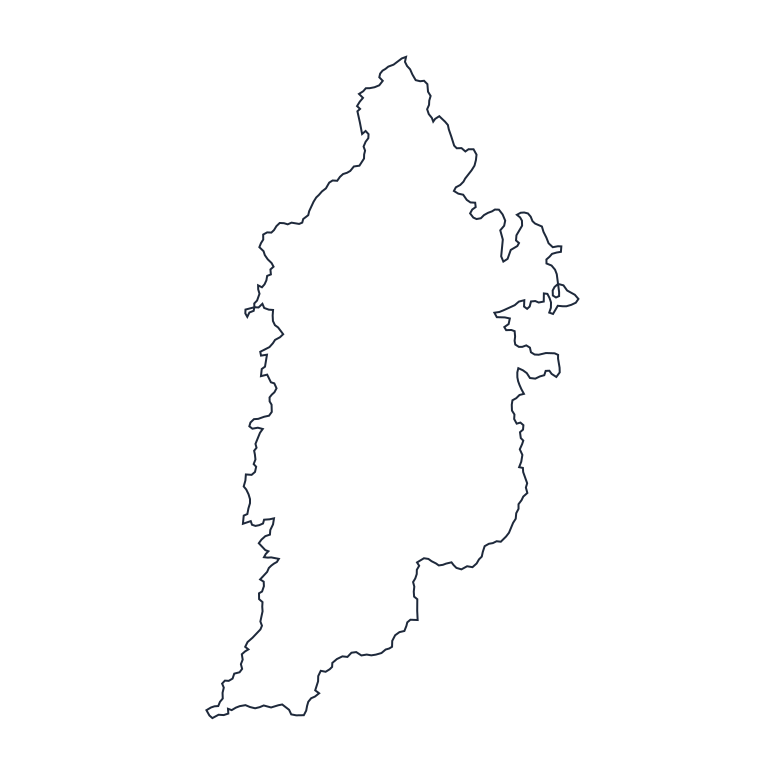 Bom Jardim da Serra, Santa Catarina, Brazil, rotated 176°
{"feature_id": "56859067B26103840950670", "entity_name": "Bom Jardim da Serra", "entity_type": "district", "adm_level": 2, "iso_a3": "BRA", "parent_name": "Brazil", "parent_adm1": "Santa Catarina", "projection": "albers", "projection_center": [-49.659, -28.371], "detail": "fine", "context": "isolated", "style": "outline", "palette": "slate", "viewbox_px": 768, "rotation_deg": 176, "n_neighbors": 0, "source": "geoboundaries", "source_scale": "gbopen_adm2", "svg_char_len": 6127}
<svg xmlns="http://www.w3.org/2000/svg" viewBox="0 0 768 768"><g transform="rotate(176 384 384)"><path d="M508.0,469.6L503.8,469.1L499.7,472.5L498.2,468.2L493.7,466.2L489.5,465.6L490.3,460.1L490.4,454.6L488.7,450.3L485.7,447.8L481.1,440.7L484.5,437.9L489.6,435.6L492.0,432.4L495.7,428.8L505.2,424.8L504.7,420.9L498.7,421.4L501.5,409.6L504.9,407.5L506.2,400.4L499.9,401.5L496.7,393.6L493.4,392.3L491.5,387.2L493.9,383.4L496.7,381.2L499.1,378.6L499.3,374.6L497.6,371.2L497.9,364.0L500.9,360.4L505.8,359.7L511.9,358.0L516.2,358.0L519.9,354.9L521.3,351.2L518.4,348.6L512.9,349.2L508.1,347.6L511.1,344.0L516.4,333.2L515.6,329.3L518.2,326.5L517.7,322.6L517.5,317.7L519.6,313.2L517.3,310.4L518.8,305.3L522.4,302.6L528.1,303.4L529.0,297.4L531.1,291.6L528.8,288.4L526.8,283.4L525.7,278.5L526.0,274.4L527.9,269.4L529.4,263.8L533.1,262.5L534.5,254.4L526.5,256.5L525.5,252.8L522.1,251.4L518.3,251.9L514.4,253.3L513.1,257.0L507.6,257.0L503.1,257.7L504.5,251.7L507.6,246.3L508.3,241.7L513.0,240.5L517.1,237.3L520.0,233.9L514.0,226.6L511.0,225.2L513.8,222.7L515.8,219.6L512.1,218.9L508.6,218.9L501.1,216.9L503.3,213.9L506.3,212.5L509.1,210.7L511.7,208.5L513.7,204.7L521.2,197.7L517.8,195.2L517.9,190.7L520.1,185.5L523.3,183.9L523.6,178.1L520.4,174.9L521.0,170.3L521.0,165.7L523.9,155.7L522.6,151.4L524.4,147.8L532.8,140.1L538.1,136.1L540.8,131.5L537.8,128.7L541.3,126.9L544.7,124.3L544.2,118.9L546.3,114.5L545.4,109.7L548.2,106.5L553.6,105.5L555.6,100.7L559.6,98.7L563.4,99.2L566.4,96.4L565.0,92.3L566.6,87.2L566.8,81.5L569.8,78.4L571.8,74.3L575.6,74.3L579.1,73.4L583.9,71.0L581.3,65.5L578.5,62.7L572.1,65.6L567.0,64.9L562.3,66.1L562.3,70.9L558.7,69.3L554.3,71.5L550.4,72.7L544.6,73.3L540.2,71.1L535.2,69.5L530.6,70.3L526.4,71.7L519.2,69.2L511.8,70.9L507.9,71.4L501.4,65.6L499.6,60.9L494.7,59.6L487.1,59.2L484.4,63.6L483.2,68.2L481.7,72.3L478.6,75.6L474.7,77.0L470.3,80.0L474.0,83.2L470.5,92.0L470.0,97.2L467.1,102.3L462.3,101.0L458.1,103.2L455.5,105.4L455.0,109.4L450.2,112.9L444.5,115.2L439.5,114.3L435.2,118.2L430.4,118.5L425.5,114.8L420.1,115.3L415.6,114.2L411.0,114.6L405.3,115.8L400.9,119.0L397.2,119.8L394.3,121.3L393.7,127.2L390.4,132.6L385.9,135.4L380.9,136.2L378.5,141.2L377.4,144.6L374.1,147.0L366.9,146.2L366.7,155.4L365.8,167.0L368.8,169.8L368.8,174.8L367.9,179.7L368.8,184.4L366.4,187.8L364.6,192.1L364.2,196.4L361.6,200.2L363.5,203.7L356.3,207.4L351.9,206.4L348.9,203.9L344.7,201.4L342.0,199.2L337.9,199.5L334.6,200.5L329.1,201.4L327.2,198.5L324.6,195.5L319.7,193.7L313.8,196.4L308.5,195.1L304.1,198.5L301.5,202.4L298.5,205.0L297.2,209.5L294.9,215.2L290.5,217.3L286.5,217.7L282.6,219.3L278.5,218.5L272.9,223.3L269.7,226.9L264.9,236.5L262.0,240.4L261.1,245.9L258.5,250.1L258.2,254.7L254.9,258.5L252.9,262.0L248.6,265.3L249.7,270.8L248.1,275.0L251.3,286.4L251.3,290.6L255.0,291.6L252.5,296.9L250.9,303.6L253.1,309.4L250.4,314.4L249.0,317.8L251.3,320.5L251.7,326.4L248.5,328.8L247.8,333.2L250.6,336.0L254.4,335.2L256.6,340.0L256.0,344.5L258.2,348.6L258.0,354.4L257.0,358.8L253.1,360.6L249.6,363.6L245.1,364.4L247.3,369.2L248.9,373.6L250.0,377.4L250.5,381.4L250.2,386.3L248.9,390.4L244.5,388.0L240.8,384.9L238.0,379.8L232.7,378.8L227.9,380.7L223.5,381.6L221.8,385.8L218.1,385.7L216.1,382.4L211.6,379.0L207.9,383.3L207.7,388.0L208.6,397.2L208.3,400.9L211.6,402.7L220.3,403.6L227.6,402.4L231.7,402.9L235.2,405.4L235.9,410.1L239.4,412.6L243.5,411.4L246.8,411.6L250.3,414.2L250.7,418.0L249.9,422.2L250.0,427.6L253.2,429.0L258.4,429.2L260.0,432.4L255.5,435.1L253.9,440.6L258.8,442.0L266.8,442.8L268.9,447.4L263.9,447.8L259.6,449.2L248.1,453.5L243.7,456.8L238.2,457.8L238.9,451.5L236.0,449.0L233.3,451.1L231.6,456.1L227.3,456.2L224.0,454.5L218.9,455.1L218.2,463.2L214.7,462.5L212.9,458.3L211.7,453.7L212.2,448.4L214.2,443.7L210.5,442.1L205.2,449.9L200.4,449.1L196.7,448.8L191.7,449.9L187.0,451.7L184.1,455.3L187.4,459.7L194.8,464.5L198.1,469.9L203.4,471.7L204.0,481.5L205.4,486.1L208.6,490.5L213.5,492.9L213.3,496.9L210.0,499.4L207.3,502.1L202.6,503.1L198.3,503.5L197.5,508.9L200.8,509.3L206.1,508.7L210.0,512.9L211.8,518.7L214.3,524.7L215.5,530.1L222.1,533.5L224.5,536.1L226.0,540.7L228.5,544.1L232.2,545.3L235.7,545.3L239.6,543.5L236.6,540.7L235.0,537.3L235.2,532.3L241.5,523.1L242.3,518.0L239.5,515.2L241.4,512.3L248.2,508.9L252.0,500.2L256.4,497.8L258.2,503.2L255.4,519.8L257.3,529.2L253.1,533.5L251.7,538.5L253.8,544.8L257.2,549.9L261.2,550.3L264.2,548.7L268.3,547.5L272.5,545.5L275.8,542.6L280.2,542.1L283.3,543.8L286.2,548.2L283.8,551.9L280.2,554.1L280.4,558.5L285.1,559.1L288.6,561.9L291.8,567.3L296.6,568.7L300.8,571.7L298.6,575.2L294.1,577.2L290.6,580.3L288.7,583.3L281.7,591.1L278.5,595.5L276.7,600.9L275.7,606.3L278.3,611.9L283.3,612.3L286.6,610.3L290.2,613.9L295.0,614.1L297.4,616.9L299.6,626.1L301.6,633.5L302.2,637.9L304.7,641.3L310.2,647.3L314.5,644.9L316.6,642.3L317.7,646.1L320.5,650.1L321.8,655.1L319.6,659.3L319.1,663.5L317.4,668.1L319.7,672.5L319.8,680.1L322.9,683.7L326.8,683.5L331.2,684.9L334.1,690.8L336.0,696.1L338.8,699.6L340.6,703.9L339.2,708.8L343.6,707.5L352.2,701.9L357.6,700.3L360.6,698.2L363.6,696.7L366.2,693.9L367.3,690.3L364.1,686.5L367.9,682.3L372.7,680.7L377.6,680.1L381.5,680.3L384.3,677.5L388.7,675.1L385.0,670.9L388.5,667.3L391.5,663.1L388.7,660.1L391.5,657.9L389.8,646.5L388.4,634.9L384.7,637.7L382.0,634.3L382.5,630.3L385.4,627.0L387.8,622.3L386.6,618.1L387.8,614.4L388.2,610.3L393.3,603.5L398.9,603.1L402.8,598.9L406.1,597.3L410.2,596.3L413.5,593.7L416.5,590.0L421.1,590.6L424.6,588.7L428.3,583.2L432.5,580.4L435.7,577.2L438.6,574.8L441.5,570.8L446.6,561.6L447.8,557.7L453.1,554.2L454.3,550.7L457.5,549.6L465.0,551.4L468.9,550.0L472.6,551.4L476.8,551.9L480.3,549.0L483.0,545.2L485.8,542.9L490.0,543.4L494.1,541.5L494.4,536.5L496.9,533.1L498.8,529.2L494.9,524.9L493.9,520.9L491.3,516.5L487.7,512.5L486.0,508.7L489.3,506.2L489.2,501.2L493.0,500.0L494.1,495.6L496.2,491.8L499.0,489.0L502.7,491.2L502.9,487.2L501.9,482.7L504.8,476.1L507.8,473.4L508.0,469.6ZM203.4,471.7L202.9,463.5L203.2,459.5L206.4,458.3L209.4,460.5L209.2,465.5L207.1,468.9L203.4,471.7ZM508.0,469.6L517.0,467.9L517.4,464.1L515.7,460.5L513.3,464.7L508.9,466.1L508.0,469.6Z" fill="none" stroke="#1e293b" stroke-width="2"/></g></svg>